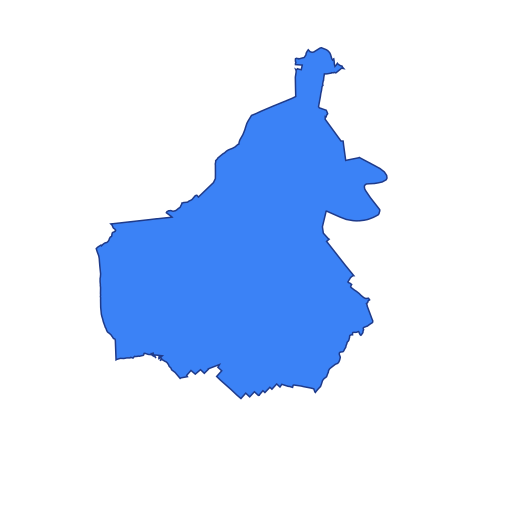 outline of Altepexi, Puebla, Mexico, rotated 58°
{"feature_id": "50627088B76973650104721", "entity_name": "Altepexi", "entity_type": "district", "adm_level": 2, "iso_a3": "MEX", "parent_name": "Mexico", "parent_adm1": "Puebla", "projection": "mercator", "projection_center": [-97.299, 18.358], "detail": "fine", "context": "isolated", "style": "filled", "palette": "blue", "viewbox_px": 512, "rotation_deg": 58, "n_neighbors": 0, "source": "geoboundaries", "source_scale": "gbopen_adm2", "svg_char_len": 6112}
<svg xmlns="http://www.w3.org/2000/svg" viewBox="0 0 512 512"><g transform="rotate(58 256 256)"><path d="M165.1,387.6L168.2,388.4L172.6,389.3L175.1,390.3L178.3,392.0L181.4,393.6L188.9,397.3L191.5,399.2L192.3,400.0L195.3,401.9L197.9,403.2L198.4,403.6L200.5,404.6L205.6,407.9L206.8,408.5L208.0,409.5L209.1,409.9L210.9,411.1L217.2,414.9L223.4,418.0L225.5,418.7L228.1,419.4L230.8,420.3L235.4,421.3L236.5,421.6L238.0,421.6L239.5,422.0L241.4,422.2L242.4,422.0L243.0,421.7L245.0,421.0L246.3,420.7L247.6,420.7L248.2,420.6L250.4,420.6L250.8,420.4L251.1,420.0L251.6,419.7L252.2,419.7L253.7,420.4L254.9,421.1L269.9,429.7L269.9,428.8L270.9,425.3L272.9,422.4L273.9,419.7L274.6,418.5L275.7,416.8L275.6,415.9L277.4,414.4L277.1,413.6L276.8,412.1L277.4,411.5L278.3,409.7L278.5,408.9L279.2,408.1L280.5,404.3L280.3,403.5L279.3,402.6L279.6,401.8L282.4,399.5L284.2,397.1L283.2,396.6L283.5,396.1L285.3,396.6L285.9,396.3L283.7,395.5L283.8,394.7L285.9,395.2L286.9,395.1L287.3,395.2L287.5,395.1L288.8,395.0L288.8,394.9L287.2,394.9L286.0,395.0L287.1,393.2L291.0,388.3L291.2,389.5L290.2,391.8L291.5,392.7L291.8,390.6L293.3,390.5L293.6,392.3L293.8,392.3L293.8,390.7L297.3,388.9L298.3,388.2L299.5,387.9L301.9,387.8L303.5,388.1L306.2,387.5L307.7,387.9L311.9,386.3L319.6,385.2L319.5,384.4L322.0,378.1L320.5,378.1L318.6,371.8L324.0,370.1L323.0,363.3L328.1,362.0L326.8,356.3L326.4,356.2L328.7,344.5L330.2,347.3L335.2,345.9L337.3,353.2L342.6,351.9L355.7,348.0L363.8,345.9L368.9,344.3L366.9,337.4L372.1,336.0L370.3,329.3L375.4,327.9L375.6,327.7L375.8,327.0L375.6,326.9L373.9,321.5L376.5,320.8L374.7,313.8L377.4,313.1L375.5,306.3L379.8,305.1L378.5,302.1L383.7,297.7L384.2,296.9L386.8,294.6L385.3,293.0L385.5,292.2L390.4,286.4L391.7,285.2L397.0,279.5L399.2,277.4L402.5,278.1L403.2,277.9L402.8,277.2L401.6,273.4L400.9,270.5L399.4,268.5L396.9,265.6L396.1,263.5L395.8,260.2L395.2,259.4L393.4,257.1L393.3,256.7L392.5,255.9L391.5,255.1L391.3,254.4L390.8,253.7L390.5,252.3L389.9,246.2L390.0,245.3L390.3,243.9L390.2,243.1L390.0,242.4L389.6,241.7L388.9,240.6L388.0,239.6L386.7,238.3L386.0,238.0L383.9,237.6L383.2,237.3L382.5,236.8L382.3,236.4L382.2,235.9L382.2,235.4L383.2,233.1L383.2,232.7L382.9,231.8L381.7,229.8L381.4,229.1L380.9,228.2L379.6,227.0L379.3,226.5L378.6,225.6L378.3,225.2L377.6,224.6L377.2,223.7L377.2,223.2L376.6,221.9L374.6,219.8L374.2,219.4L373.7,219.2L373.3,218.8L373.1,218.3L373.4,216.9L373.5,216.5L374.0,215.9L373.7,215.7L373.1,215.4L372.5,214.9L372.2,214.4L372.4,213.9L372.9,212.9L373.4,212.3L373.9,211.2L374.1,210.6L374.2,209.6L374.3,209.2L374.8,209.0L376.5,209.3L377.9,209.4L378.6,209.2L378.8,209.1L378.7,208.4L378.3,207.6L378.1,206.8L377.2,205.5L376.4,205.1L375.8,204.1L375.4,203.7L374.8,203.7L374.3,203.5L373.8,203.0L373.7,202.4L373.8,201.8L374.3,199.2L374.5,198.7L374.3,197.0L374.3,196.3L374.2,195.2L374.2,192.8L374.0,192.2L373.7,191.9L372.9,191.4L372.4,191.2L371.8,191.2L357.2,188.2L356.8,187.9L354.8,187.5L354.8,186.6L354.3,185.5L353.9,185.2L353.5,184.7L353.4,182.9L351.4,183.0L350.3,185.3L349.1,186.3L347.2,187.1L344.7,187.9L342.4,188.4L339.1,189.6L337.2,190.5L333.5,191.9L332.3,192.1L331.3,190.9L330.9,190.0L329.6,190.4L328.9,190.7L327.5,191.7L326.7,191.8L324.5,187.5L324.3,186.6L324.1,185.2L324.2,184.0L324.5,183.5L311.0,185.2L281.0,188.4L280.5,185.1L279.2,185.6L272.3,186.8L266.4,184.2L255.2,172.8L255.4,172.3L267.5,164.1L272.8,160.1L277.4,155.0L279.3,152.4L281.0,149.5L282.9,145.5L284.1,142.3L284.6,140.3L285.4,136.1L285.7,132.8L285.8,130.3L285.0,128.9L284.4,128.4L283.7,127.5L282.6,126.6L281.4,126.6L267.1,128.1L259.0,128.4L256.8,128.3L255.3,127.7L254.1,127.0L253.6,126.1L253.4,124.3L254.5,122.1L257.3,117.1L258.7,113.7L260.1,109.7L260.3,106.3L260.3,105.1L259.3,103.6L256.9,102.5L252.8,102.6L247.8,104.4L242.4,107.4L227.2,116.2L227.3,116.4L223.3,127.0L222.5,129.3L208.5,123.0L204.7,121.2L203.5,123.0L182.1,124.5L176.7,124.9L174.5,123.4L174.9,123.2L175.2,122.9L173.8,121.2L173.5,120.1L173.3,119.8L171.2,119.4L169.6,119.2L165.9,122.2L165.3,122.6L164.0,123.8L162.9,123.8L162.6,123.9L161.9,123.3L154.9,116.9L152.4,114.8L150.4,112.8L147.2,110.1L146.7,108.7L145.6,108.5L143.0,106.1L143.0,105.8L140.5,103.9L137.8,101.5L138.7,100.1L139.3,98.9L140.8,95.1L140.6,94.8L141.7,93.2L141.7,92.4L142.7,91.6L143.0,91.2L142.8,89.1L142.1,83.9L143.5,82.3L141.6,82.6L140.6,82.4L139.2,83.6L138.0,84.2L136.2,84.9L135.7,84.9L135.8,85.1L136.4,86.3L137.1,88.6L135.1,88.0L132.4,86.6L130.0,85.6L130.0,85.8L130.2,86.0L130.5,87.2L128.9,87.2L124.6,86.0L122.6,85.8L120.3,86.2L118.8,86.8L117.8,87.4L114.0,90.2L113.6,91.6L113.6,98.9L113.0,100.5L111.4,101.9L108.8,102.4L109.6,104.3L110.6,106.0L111.9,107.1L113.2,109.9L111.5,115.4L110.9,115.6L110.6,116.2L109.9,116.7L109.6,117.9L110.3,118.5L111.8,119.4L112.9,119.5L113.5,120.4L114.6,121.1L118.6,115.6L122.0,118.9L120.4,120.6L119.2,121.6L119.5,121.9L119.3,123.3L118.8,123.5L120.2,123.8L121.4,124.6L125.2,127.9L135.2,133.9L141.8,137.8L141.4,141.9L138.1,161.1L135.9,175.1L135.1,181.4L134.4,185.3L137.4,191.3L138.7,193.5L141.8,197.2L142.9,198.4L144.7,200.8L146.2,202.9L148.8,207.8L149.6,208.9L150.6,210.0L152.1,211.4L151.8,212.3L152.4,216.0L152.3,217.5L152.2,219.0L151.8,221.0L151.4,223.3L151.4,225.5L151.9,228.0L151.8,229.7L152.1,232.2L152.7,236.5L153.2,237.3L153.8,239.7L154.8,240.3L156.4,241.8L157.3,242.2L165.2,247.1L168.9,249.5L170.9,252.7L171.2,253.1L175.5,273.6L173.1,274.0L172.8,274.9L172.7,275.6L173.4,277.9L173.9,279.3L174.2,280.4L174.2,281.5L173.9,284.0L174.1,285.5L172.2,289.3L172.2,290.1L171.8,290.6L172.8,291.8L173.8,293.5L174.1,293.9L174.5,294.7L174.6,295.3L174.5,296.3L174.9,298.9L174.9,300.3L174.1,302.7L172.4,304.1L172.1,304.5L171.9,305.1L171.3,306.2L171.3,306.7L171.2,308.0L171.8,309.1L178.0,306.7L178.6,306.6L172.5,319.2L171.7,320.7L168.7,327.1L151.9,362.1L153.6,361.7L155.9,362.1L156.9,362.1L158.3,361.5L159.5,361.3L159.9,361.5L159.9,361.9L160.4,362.2L160.4,363.4L160.1,364.8L160.3,365.7L161.4,366.8L162.5,367.7L162.9,368.2L162.7,369.4L163.5,371.0L164.1,371.7L164.7,372.5L165.2,373.6L165.4,374.4L165.5,375.5L165.1,376.4L164.9,377.2L164.9,378.7L165.1,380.2L165.5,381.6L164.6,381.7L164.6,383.9L164.6,385.0L164.7,386.0L165.1,387.6Z" fill="#3b82f6" stroke="#1e3a8a" stroke-width="1.5"/></g></svg>